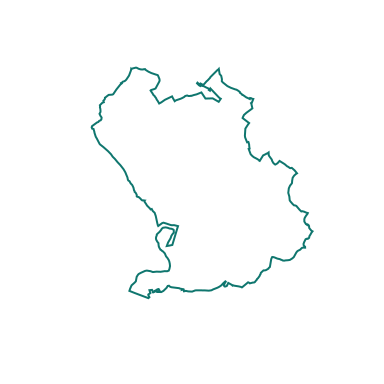 the district of Caianu, Cluj, Romania, rotated 124°
{"feature_id": "2599482B32459864581078", "entity_name": "Caianu", "entity_type": "district", "adm_level": 2, "iso_a3": "ROU", "parent_name": "Romania", "parent_adm1": "Cluj", "projection": "albers", "projection_center": [23.923, 46.814], "detail": "fine", "context": "isolated", "style": "outline", "palette": "teal", "viewbox_px": 384, "rotation_deg": 124, "n_neighbors": 0, "source": "geoboundaries", "source_scale": "gbopen_adm2", "svg_char_len": 6002}
<svg xmlns="http://www.w3.org/2000/svg" viewBox="0 0 384 384"><g transform="rotate(124 192 192)"><path d="M228.4,221.7L229.2,217.6L229.6,216.6L228.6,215.9L229.7,213.9L230.1,211.4L232.1,208.7L237.0,203.6L238.8,201.6L239.1,201.0L234.4,199.3L233.4,198.5L232.4,195.3L231.3,191.2L230.7,189.9L230.1,189.2L229.4,188.1L228.1,184.5L230.9,183.7L246.9,178.7L249.1,180.8L250.9,182.7L247.2,183.6L242.3,183.9L239.8,184.6L237.9,184.6L235.8,184.4L233.7,185.9L233.6,186.7L233.9,188.3L234.8,190.1L235.3,192.2L236.1,194.1L237.8,196.0L239.3,196.5L240.9,196.4L243.1,196.6L246.5,197.4L247.0,197.4L247.5,197.0L249.3,196.6L250.4,196.1L251.5,195.1L252.6,193.0L253.2,191.1L253.9,190.7L255.6,189.2L256.4,188.1L257.5,185.8L257.3,185.2L257.6,184.0L257.5,183.8L257.5,182.9L258.1,180.2L259.8,177.6L260.1,176.8L260.3,175.8L261.3,173.5L262.2,172.1L263.8,170.4L265.7,168.8L268.4,167.7L270.2,167.3L271.6,168.3L272.9,170.4L275.7,173.4L277.8,176.8L280.2,179.6L280.4,180.2L280.8,182.0L282.4,185.5L283.7,186.8L287.6,189.2L289.9,190.4L291.3,190.5L293.3,190.4L297.5,188.6L299.3,188.9L303.2,189.9L306.9,189.2L309.0,188.6L307.7,182.7L304.4,168.8L303.0,168.5L302.1,170.3L301.4,170.9L299.1,170.0L297.2,172.4L295.5,170.4L295.9,169.6L297.1,168.4L297.0,168.1L295.5,167.1L294.8,167.6L294.5,167.2L294.4,166.6L294.1,166.3L293.6,166.7L293.4,166.5L292.9,166.7L291.7,166.0L291.1,165.4L291.2,165.1L292.1,163.4L293.9,165.0L294.2,165.2L294.4,165.0L292.1,161.5L290.0,160.4L285.7,159.5L283.5,159.6L282.8,158.8L282.6,158.7L282.8,157.2L282.5,155.9L278.9,148.8L278.9,148.2L277.9,145.8L278.7,145.6L277.5,144.6L278.6,143.4L278.3,143.2L278.6,142.9L277.4,141.8L276.5,139.5L274.5,136.2L271.8,134.3L271.0,133.3L266.5,126.5L264.4,122.9L262.6,120.9L260.9,120.0L257.0,117.3L255.1,116.3L253.1,115.5L250.4,115.1L247.5,114.4L247.5,114.2L246.7,113.8L248.9,113.9L250.3,113.6L251.3,113.8L251.9,112.8L252.1,112.2L251.5,111.5L251.5,111.3L250.7,110.8L250.1,110.8L250.0,110.6L247.1,111.1L246.7,106.8L246.9,106.5L246.9,105.9L246.4,105.8L246.0,104.5L244.1,100.4L243.3,98.3L243.2,97.3L243.1,97.2L235.5,95.0L235.3,93.8L235.4,93.0L233.5,91.3L233.2,91.1L232.4,90.0L231.4,89.5L229.3,89.4L228.6,89.2L227.7,89.4L226.7,89.1L223.9,89.0L222.5,89.3L222.0,89.2L220.6,89.7L220.0,89.6L217.0,88.9L216.2,87.7L215.4,87.0L212.9,85.8L212.2,85.9L210.6,85.5L203.3,88.8L201.2,89.2L200.7,88.7L200.1,87.0L199.5,84.0L198.5,81.5L198.5,80.7L198.2,79.9L198.0,78.3L197.3,77.1L196.3,76.1L194.9,74.3L193.6,72.9L191.2,71.8L189.1,71.2L183.7,71.7L181.9,71.5L179.2,70.0L178.1,69.9L176.7,69.5L175.9,68.7L174.9,67.1L174.2,67.6L173.8,69.5L173.5,69.8L172.7,70.5L170.8,71.0L167.6,71.4L166.3,70.5L166.4,70.2L165.7,69.6L164.5,69.3L162.8,70.0L161.0,70.0L159.3,70.2L157.2,70.1L157.3,71.4L156.6,73.8L156.2,74.8L154.8,75.9L154.3,76.8L154.2,78.0L154.3,78.3L154.9,78.2L154.8,78.7L154.9,79.6L153.7,82.3L151.7,83.7L150.2,84.1L147.3,84.2L146.0,84.0L144.7,84.2L145.3,86.1L145.6,88.0L146.3,89.9L147.0,90.5L146.6,92.8L145.2,97.7L145.4,98.8L146.0,100.0L145.7,101.8L144.8,105.1L144.3,106.3L141.3,108.8L138.9,111.7L134.8,113.8L131.8,114.3L129.9,114.1L128.7,114.1L126.6,115.3L123.9,116.5L121.3,116.5L118.9,115.9L117.8,115.4L116.7,119.0L116.2,122.8L117.3,123.9L117.4,124.5L117.3,126.4L117.5,127.3L117.1,130.8L117.3,136.8L120.4,137.2L122.6,138.2L122.8,138.8L122.4,141.0L121.3,143.1L120.5,144.0L119.0,148.2L118.5,149.0L116.4,150.6L118.1,151.2L118.5,151.7L119.3,152.0L121.9,153.5L129.3,153.2L128.8,153.3L128.1,154.1L128.2,156.8L128.6,160.3L128.4,162.3L127.9,164.5L124.6,169.1L123.8,168.5L122.6,169.7L120.7,171.2L119.2,172.9L119.0,173.2L120.0,174.1L117.1,178.4L115.8,179.6L109.6,183.2L104.8,183.3L102.9,183.2L102.4,191.4L101.8,191.6L99.1,192.0L95.9,191.2L88.9,188.7L85.5,192.3L85.3,192.8L84.5,192.6L84.6,192.3L80.6,193.2L81.4,195.3L81.5,195.6L81.3,195.7L81.6,196.4L82.6,196.1L83.0,199.0L83.2,199.6L83.1,203.9L83.4,204.5L83.0,205.7L82.9,207.8L82.3,208.3L82.2,210.7L82.3,212.3L82.8,213.7L83.9,218.1L84.4,221.9L83.9,227.8L83.5,229.2L81.7,230.3L79.4,232.7L78.7,235.1L75.0,238.6L75.9,238.7L76.3,239.0L76.7,239.1L86.5,241.0L87.4,240.9L91.1,241.5L91.9,241.8L95.2,242.2L97.0,242.6L97.3,245.7L98.7,246.0L98.3,248.6L99.1,248.6L99.6,245.8L99.5,244.4L98.9,244.4L97.7,241.4L97.4,238.6L96.9,235.6L98.0,235.2L98.0,233.8L95.9,234.5L98.5,222.8L98.7,221.5L98.6,220.3L102.3,220.3L102.8,227.2L107.0,233.1L104.2,239.9L108.5,242.8L110.7,244.8L112.6,246.2L112.7,246.6L113.5,247.3L114.4,248.6L114.7,250.0L116.2,251.3L117.5,251.6L119.3,252.5L121.1,253.6L125.0,256.6L126.4,257.1L124.8,260.4L123.9,262.0L130.7,266.0L134.9,267.6L137.0,268.7L135.7,271.3L135.1,273.0L134.4,274.0L133.9,275.2L133.9,275.5L133.3,276.8L133.2,278.1L132.4,279.7L131.2,282.7L131.0,283.1L130.3,282.9L128.1,281.1L126.6,280.1L118.5,280.9L117.7,281.2L116.6,282.1L114.4,285.4L114.3,285.9L114.9,287.8L116.2,292.5L116.2,292.8L116.6,295.3L116.7,299.2L116.4,299.5L116.9,300.4L117.9,301.2L119.0,303.0L119.6,304.8L119.8,306.0L119.9,307.1L120.2,308.0L123.2,310.7L124.1,310.8L124.0,311.2L125.3,310.6L130.7,309.3L135.6,309.3L137.1,309.6L138.4,310.3L139.2,311.0L141.0,311.4L141.5,311.8L141.8,311.5L141.7,311.1L143.0,311.5L149.2,312.0L155.0,312.0L155.9,312.6L158.1,315.4L161.1,316.4L162.1,316.6L162.5,316.9L163.4,316.4L164.2,316.2L165.9,316.5L166.9,315.3L168.1,316.2L171.6,316.9L172.4,316.1L173.4,315.6L174.3,314.5L176.2,313.0L177.0,312.6L178.9,312.4L180.1,310.4L180.4,309.5L180.8,308.6L182.3,307.8L183.6,307.8L184.9,308.7L186.3,308.8L186.9,309.2L187.4,309.6L193.3,311.7L194.0,311.4L194.4,311.4L195.3,310.2L194.8,308.9L196.8,306.5L197.4,306.0L200.0,302.7L200.9,300.8L203.8,295.5L204.0,294.7L204.3,290.6L205.1,284.4L206.0,280.2L207.1,277.5L207.7,274.4L208.9,270.4L209.8,266.4L211.4,261.5L213.0,258.2L214.5,256.0L216.0,253.7L217.5,252.2L218.0,251.4L218.1,251.0L218.0,249.9L219.2,247.6L219.6,245.6L219.9,245.0L221.1,243.0L223.0,241.0L223.4,240.1L224.0,239.6L224.1,238.4L225.0,236.7L225.4,236.1L226.5,235.4L226.6,234.8L226.0,233.5L226.3,231.1L226.6,230.2L226.8,228.8L226.7,228.3L226.2,227.8L225.6,226.6L226.1,226.7L226.4,225.9L226.7,225.7L227.5,223.6L228.4,221.7Z" fill="none" stroke="#0f766e" stroke-width="2"/></g></svg>